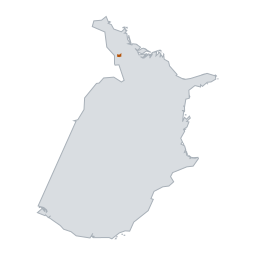 location of Seneca, New York, United States of America, rotated 271°
{"feature_id": "52423323B61802346265036", "entity_name": "Seneca", "entity_type": "district", "adm_level": 2, "iso_a3": "USA", "parent_name": "United States of America", "parent_adm1": "New York", "projection": "orthographic", "projection_center": [-76.822, 42.783], "detail": "fine", "context": "in_parent", "style": "filled", "palette": "amber", "viewbox_px": 256, "rotation_deg": 271, "n_neighbors": 0, "source": "geoboundaries", "source_scale": "gbopen_adm2", "svg_char_len": 3979}
<svg xmlns="http://www.w3.org/2000/svg" viewBox="0 0 256 256"><g transform="rotate(271 128 128)"><path d="M208.5,105.4L223.6,103.2L228.8,90.5L234.5,92.0L235.3,99.6L239.1,104.2L233.5,106.6L233.4,108.1L232.3,106.4L231.1,109.5L226.7,112.0L224.1,119.7L226.9,122.7L228.6,122.2L228.0,120.8L228.6,121.4L228.9,123.0L223.9,124.4L222.8,122.8L222.4,125.2L216.6,126.0L212.2,129.2L212.6,127.5L212.2,126.4L211.1,130.5L212.3,131.1L212.0,134.6L209.0,139.1L205.8,136.4L207.7,133.6L205.5,135.6L206.4,138.6L207.7,140.4L208.0,142.3L204.1,149.5L205.3,145.0L202.3,140.8L204.3,136.3L201.3,137.7L202.3,144.3L199.4,142.3L198.4,142.5L199.3,140.4L199.2,139.8L198.2,141.4L198.2,142.8L202.6,145.4L201.6,146.6L199.6,144.3L198.9,143.9L201.4,146.6L202.5,147.2L201.8,148.8L200.4,147.6L202.6,150.1L202.0,150.4L201.0,149.1L198.2,148.5L201.7,150.9L203.8,150.8L206.0,156.9L204.1,152.3L204.7,155.3L200.6,154.7L203.5,157.7L205.0,156.8L203.1,159.5L199.2,158.6L201.6,160.0L199.5,161.4L201.9,162.4L197.4,163.0L195.0,167.4L190.7,168.5L182.4,176.1L181.3,175.2L177.9,182.3L177.6,184.1L178.6,189.7L184.0,206.1L181.6,214.5L178.4,214.9L175.5,210.2L175.1,206.4L170.9,201.7L172.5,199.8L170.3,199.8L171.6,194.2L166.8,188.2L158.9,188.8L157.8,185.3L150.2,184.2L151.3,183.0L149.8,184.1L146.3,184.3L146.5,181.7L145.7,183.4L135.3,182.4L139.6,184.3L137.8,186.4L140.9,189.2L139.0,190.1L135.6,186.5L135.1,188.8L130.1,187.0L127.7,183.5L125.7,184.7L118.7,180.9L113.9,183.2L115.1,182.6L112.9,181.2L111.1,184.9L106.3,186.4L107.4,185.9L104.6,184.8L105.4,186.4L101.7,187.2L99.6,191.2L98.2,190.1L99.3,191.6L98.9,195.7L99.9,198.4L98.7,199.0L91.0,193.8L90.2,187.5L84.2,173.4L80.1,171.4L75.0,174.6L70.7,169.9L69.8,163.8L65.1,155.1L57.8,152.2L57.1,154.5L45.7,149.6L34.0,135.4L24.9,131.5L25.1,126.9L23.0,121.2L16.9,113.8L18.1,111.1L17.8,95.2L18.6,94.0L19.0,96.4L19.5,93.3L22.1,94.7L17.4,91.9L19.3,78.1L23.3,72.9L25.7,65.4L29.3,62.0L37.1,50.4L38.9,52.1L37.0,49.9L39.7,47.1L38.9,46.6L41.8,38.9L46.0,43.6L42.8,46.5L46.0,45.1L44.0,47.9L42.3,47.8L43.1,48.6L44.8,48.0L47.0,45.2L48.5,39.5L133.8,75.9L134.3,73.9L135.4,77.7L145.7,83.7L157.3,84.1L172.0,95.7L172.4,98.3L177.6,102.8L178.6,112.9L173.9,120.6L175.6,123.3L191.0,117.8L190.6,114.0L191.9,113.4L200.2,113.2L208.5,105.4ZM218.4,127.6L220.9,127.0L212.0,129.8L219.4,126.6L218.4,127.6ZM47.1,42.7L46.6,45.0L46.4,45.3L46.3,43.2L47.1,42.7ZM99.8,197.7L99.3,193.9L99.7,192.0L99.5,194.1L99.8,197.7ZM234.2,106.9L234.2,108.0L233.8,107.8L234.2,106.9ZM127.6,184.6L127.7,185.4L127.0,184.6L127.6,184.6ZM18.4,118.6L19.4,118.7L19.4,118.9L18.4,118.6ZM17.6,117.8L17.1,118.1L17.0,117.4L17.6,117.8ZM226.2,124.5L225.5,125.2L225.3,125.1L226.2,124.5ZM100.7,190.3L99.8,191.7L101.8,189.0L100.7,190.3ZM182.4,200.7L183.5,204.0L182.2,200.4L182.4,200.7ZM21.7,123.8L21.7,124.8L21.6,123.8L21.7,123.8ZM182.1,215.0L181.1,216.0L182.8,213.9L182.1,215.0ZM206.4,159.0L205.3,160.2L206.2,157.2L206.4,159.0ZM47.4,40.7L47.0,41.2L46.9,40.7L47.4,40.7ZM105.3,187.0L103.6,187.4L105.4,186.8L105.3,187.0ZM228.6,124.6L228.6,125.4L227.9,125.3L228.6,124.6ZM20.8,126.0L20.7,127.1L20.6,126.0L20.8,126.0ZM103.1,187.9L102.4,188.1L103.0,187.6L103.1,187.9ZM207.6,143.7L206.6,145.4L207.7,143.0L207.6,143.7ZM113.3,183.8L112.1,184.2L113.8,183.5L113.3,183.8ZM178.1,183.2L177.8,184.5L177.7,183.6L178.1,183.2ZM202.3,162.6L201.9,162.9L203.0,161.8L202.3,162.6ZM161.7,188.8L160.4,189.3L159.8,189.1L161.7,188.8ZM145.8,184.0L145.6,184.2L144.8,184.0L145.8,184.0ZM173.6,206.4L173.8,207.3L173.4,206.2L173.6,206.4ZM142.3,185.3L142.0,186.2L142.1,184.6L142.3,185.3ZM178.9,217.1L178.2,217.1L179.2,216.9L178.9,217.1ZM211.8,135.2L211.3,136.1L211.9,134.8L211.8,135.2ZM204.5,160.5L204.1,160.8L204.5,160.5Z" fill="#d9dde1" stroke="#a8b0b8" stroke-width="1"/><path d="M199.6,116.7L199.6,117.5L199.5,118.0L199.7,118.4L199.8,118.7L199.9,119.1L199.9,119.3L200.7,119.3L201.1,119.3L201.0,119.2L200.9,119.1L200.8,118.9L200.7,118.6L200.5,118.4L200.5,118.1L200.5,117.9L200.6,117.7L200.5,117.4L200.5,117.0L200.6,116.6L199.6,116.7Z" fill="#f59e0b" stroke="#b45309" stroke-width="1.5"/></g></svg>